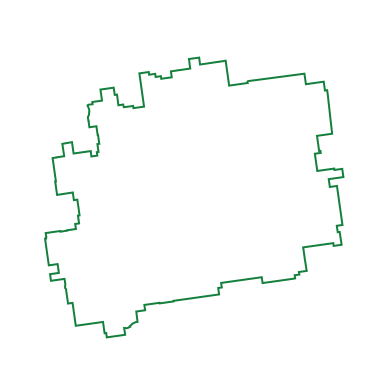 Upper Gascoyne, Western Australia, Australia, rotated 352°
{"feature_id": "25037944B28786779473224", "entity_name": "Upper Gascoyne", "entity_type": "district", "adm_level": 2, "iso_a3": "AUS", "parent_name": "Australia", "parent_adm1": "Western Australia", "projection": "mercator", "projection_center": [116.107, -24.719], "detail": "fine", "context": "isolated", "style": "outline", "palette": "green", "viewbox_px": 384, "rotation_deg": 352, "n_neighbors": 0, "source": "geoboundaries", "source_scale": "gbopen_adm2", "svg_char_len": 3893}
<svg xmlns="http://www.w3.org/2000/svg" viewBox="0 0 384 384"><g transform="rotate(352 192 192)"><path d="M119.2,77.8L115.6,77.8L115.6,89.0L109.1,89.0L105.8,89.0L105.8,91.2L103.9,91.2L101.4,91.2L100.6,91.7L100.7,92.3L100.9,92.9L101.3,94.5L101.5,95.1L101.7,95.9L101.7,96.4L101.5,97.3L101.5,97.6L101.5,97.8L101.4,98.2L101.4,98.3L101.3,98.8L101.2,99.1L101.1,99.4L101.1,99.6L100.8,100.8L100.5,101.6L100.3,101.8L100.0,102.3L99.8,102.7L99.4,103.3L99.4,103.6L99.3,103.8L99.1,104.5L99.2,104.9L99.4,105.3L99.4,105.7L99.4,105.8L99.4,106.0L99.3,106.4L99.3,107.0L99.3,107.3L99.7,107.6L99.6,108.3L99.4,108.9L99.4,113.6L106.5,113.6L106.5,114.4L106.5,122.5L106.9,122.5L106.9,131.4L105.0,131.4L105.0,139.3L103.3,139.3L103.3,142.8L102.3,142.8L98.9,142.8L97.3,142.8L97.4,137.4L80.1,137.4L80.1,125.9L70.3,126.3L70.4,138.8L62.5,138.8L62.5,139.0L58.7,139.0L58.7,162.6L58.0,162.6L58.0,176.1L73.6,175.9L73.9,175.9L73.9,183.6L77.4,183.6L77.4,199.5L75.8,199.5L75.8,207.4L71.9,207.4L71.9,212.5L63.0,212.5L63.0,212.9L60.9,212.9L58.5,213.0L56.2,213.0L56.2,212.3L54.8,212.3L53.3,212.3L46.3,212.3L41.4,212.3L41.4,216.7L41.1,216.7L41.0,216.8L41.0,217.0L40.9,217.0L40.9,217.4L40.8,217.8L40.3,217.8L40.3,218.3L40.0,218.3L40.0,218.5L40.0,221.9L40.0,222.3L40.0,227.5L40.0,233.4L40.0,239.7L40.0,244.7L48.9,244.7L48.9,251.3L48.9,253.6L40.0,253.6L40.0,260.3L50.5,260.3L53.7,260.3L53.7,266.2L53.1,267.7L53.1,269.7L53.7,270.5L53.7,278.7L53.7,283.8L53.7,284.0L53.7,285.2L58.3,285.2L58.3,308.3L85.8,308.3L85.8,319.7L87.4,319.7L87.4,324.1L105.9,324.1L105.9,317.2L108.6,317.8L109.3,317.7L109.5,317.7L109.9,317.6L110.4,317.4L110.6,317.3L110.8,317.2L111.3,317.1L111.2,317.0L111.3,316.8L111.4,316.5L111.6,316.3L111.9,316.0L112.6,315.7L113.0,315.5L113.4,315.1L113.9,314.9L114.5,314.2L115.2,313.9L115.9,313.8L116.5,313.5L117.1,313.4L117.7,313.1L118.4,313.1L120.0,313.0L120.2,302.6L129.1,302.6L129.1,297.2L134.8,297.2L139.5,297.2L144.4,297.2L144.4,297.8L153.5,297.8L155.4,297.8L157.0,297.8L157.5,297.8L158.5,297.8L158.5,297.2L161.1,297.2L163.4,297.2L165.4,297.2L167.3,297.2L169.8,297.2L171.7,297.2L175.2,297.2L182.5,297.2L190.4,297.2L197.2,297.2L199.7,297.2L204.6,297.2L204.6,290.7L208.2,290.7L208.2,286.1L219.9,286.1L222.3,286.1L223.7,286.1L225.6,286.1L227.9,286.1L237.6,286.1L249.2,286.1L249.2,292.0L258.1,292.0L271.0,292.0L276.6,292.0L277.8,292.0L279.7,292.0L282.1,291.9L282.1,288.7L283.5,288.7L284.5,288.7L285.9,288.7L286.8,288.7L286.8,286.1L288.8,286.1L290.7,286.1L292.7,286.1L294.6,286.1L294.5,280.0L294.5,278.2L294.4,275.0L294.4,262.3L294.9,262.3L296.4,262.3L296.9,262.3L297.4,262.3L298.4,262.3L298.8,262.3L299.3,262.3L300.3,262.3L302.8,262.3L303.3,262.3L303.7,262.3L305.2,262.3L305.7,262.3L307.2,262.3L308.2,262.3L309.1,262.3L312.1,262.3L314.5,262.3L315.5,262.3L317.5,262.3L318.4,262.3L319.9,262.3L321.9,262.3L322.9,262.3L324.8,262.3L324.8,265.1L332.8,265.1L332.7,252.1L331.1,252.1L330.7,252.1L330.7,245.6L336.4,245.6L336.4,245.1L336.4,235.9L336.4,235.4L336.4,228.7L336.4,206.2L329.2,206.2L329.2,198.3L344.0,198.3L344.0,190.0L336.1,190.0L336.1,188.6L319.0,188.6L319.0,181.8L319.0,171.2L324.9,171.2L324.9,169.1L323.6,169.1L323.6,167.1L323.6,153.8L338.9,153.8L339.1,145.5L339.8,120.7L340.0,115.8L340.0,112.4L340.0,110.0L337.8,110.0L337.8,101.1L336.2,101.1L328.5,101.1L323.6,101.1L319.8,101.1L319.8,90.5L262.9,90.0L262.7,90.1L262.5,90.5L262.2,90.8L261.7,91.2L261.8,91.3L262.1,91.8L260.3,91.8L258.1,91.8L257.7,91.8L253.8,91.8L251.8,91.8L249.4,91.8L243.6,91.8L243.6,66.7L217.7,66.9L217.8,59.9L216.8,59.9L211.5,59.9L208.1,59.9L207.5,59.9L207.4,69.5L187.9,69.6L187.9,70.8L187.9,75.6L181.6,75.6L177.3,75.6L177.3,73.0L175.4,73.0L172.0,73.0L172.0,69.9L165.9,69.9L165.9,67.2L160.7,67.2L156.4,67.2L156.4,75.9L156.4,81.2L156.4,100.8L151.5,100.8L145.7,100.8L145.7,98.6L141.8,98.6L136.3,98.5L136.0,95.8L131.2,95.9L131.3,85.1L129.0,85.1L129.0,80.1L129.0,77.8L126.6,77.8L122.9,77.8L119.2,77.8Z" fill="none" stroke="#15803d" stroke-width="2"/></g></svg>